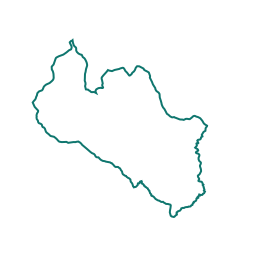 the district of Santiago, Norte de Santander, Colombia, rotated 310°
{"feature_id": "7082276B46652813216763", "entity_name": "Santiago", "entity_type": "district", "adm_level": 2, "iso_a3": "COL", "parent_name": "Colombia", "parent_adm1": "Norte de Santander", "projection": "natural_earth1", "projection_center": [-72.726, 7.887], "detail": "fine", "context": "isolated", "style": "outline", "palette": "teal", "viewbox_px": 256, "rotation_deg": 310, "n_neighbors": 0, "source": "geoboundaries", "source_scale": "gbopen_adm2", "svg_char_len": 5779}
<svg xmlns="http://www.w3.org/2000/svg" viewBox="0 0 256 256"><g transform="rotate(310 128 128)"><path d="M133.1,221.9L133.2,221.1L133.7,220.4L134.0,219.7L134.1,218.9L132.9,216.8L132.8,216.2L132.8,215.9L133.4,215.6L134.4,215.5L134.9,215.1L135.5,213.2L136.2,212.3L137.0,212.2L138.0,212.5L138.9,212.5L141.8,211.8L142.6,211.1L143.4,210.2L144.9,207.8L145.3,207.4L145.7,207.2L146.9,206.9L148.0,206.4L148.3,206.1L148.5,205.5L148.5,204.1L148.6,203.7L149.3,202.3L150.5,201.2L152.1,200.7L153.2,200.1L153.5,199.2L153.5,198.4L152.9,197.1L152.7,196.3L152.8,195.9L153.0,195.7L153.8,195.6L155.3,196.2L155.9,196.2L156.2,195.8L156.5,194.8L156.1,192.8L156.1,192.1L158.7,192.1L159.1,191.8L160.1,190.4L160.3,190.4L160.6,190.5L161.3,191.5L161.7,191.5L162.9,189.2L163.7,189.2L164.0,189.3L165.3,190.4L166.0,190.7L166.9,190.5L167.8,190.0L168.2,190.0L169.4,190.5L169.6,190.3L169.9,189.2L170.2,188.9L173.6,188.4L175.6,189.1L177.6,187.7L178.2,187.5L180.1,187.4L180.6,187.1L180.3,185.2L180.2,183.7L180.4,182.7L181.3,180.3L181.9,177.1L181.4,174.7L180.6,172.9L180.3,171.6L180.0,171.1L179.5,170.7L178.9,170.4L176.6,170.1L174.5,169.6L174.0,169.0L172.9,167.2L172.1,166.4L170.1,165.5L169.8,165.1L169.6,164.5L168.3,162.8L167.8,162.0L166.5,158.1L166.1,157.1L166.0,156.3L164.9,155.4L164.4,154.7L164.0,152.9L164.1,150.3L163.9,149.0L164.0,148.4L164.7,146.8L165.9,143.8L166.3,141.6L166.9,140.2L167.7,138.7L168.6,137.6L169.8,135.9L171.8,132.7L173.5,131.1L174.3,130.3L174.8,128.7L174.6,126.2L174.8,125.4L175.2,124.3L176.1,123.2L177.4,119.1L178.7,116.8L180.6,112.4L181.2,112.1L182.0,111.5L183.5,109.0L183.9,108.2L183.7,106.8L183.0,103.7L183.0,102.6L183.3,102.3L183.5,101.6L182.5,97.0L181.2,95.3L180.9,95.2L178.9,95.3L177.0,96.0L175.1,96.2L173.7,95.9L172.9,95.8L171.4,96.1L169.5,95.7L169.1,95.4L169.0,95.1L169.1,94.6L169.8,91.7L170.0,89.3L170.8,87.4L171.1,85.9L170.6,85.1L168.5,83.7L167.7,83.4L163.8,80.4L161.3,79.2L159.7,76.3L159.5,75.4L157.3,75.5L152.2,75.3L149.8,75.4L148.7,76.2L148.0,77.3L145.9,80.0L144.3,80.6L143.5,81.7L143.1,82.8L142.9,82.9L142.4,82.9L141.7,82.1L141.2,81.2L140.1,80.2L139.5,79.7L137.3,78.9L135.9,79.1L135.3,79.5L134.7,80.3L134.3,81.1L133.9,79.2L133.1,78.1L132.3,77.4L132.0,76.8L131.8,76.2L131.9,75.0L131.6,73.4L131.7,72.7L130.5,70.9L132.5,68.2L134.3,67.3L135.4,66.2L136.4,64.5L138.1,63.2L141.4,60.6L142.2,60.1L143.6,59.5L146.1,58.0L149.5,56.6L150.4,55.8L151.6,54.2L152.5,52.4L153.2,50.6L153.4,49.6L153.3,48.2L153.3,47.7L154.3,45.6L154.3,45.4L153.7,44.4L153.5,43.3L153.2,42.3L153.4,39.9L154.0,38.6L154.4,38.2L155.5,37.3L156.0,36.7L156.2,36.0L156.2,34.4L156.6,33.1L158.0,30.9L159.6,29.1L158.8,29.0L158.2,28.5L156.6,28.3L156.2,28.3L155.9,28.6L154.3,32.2L153.3,33.2L151.8,33.8L151.3,33.7L149.8,32.9L146.4,32.3L142.7,31.3L138.5,28.9L136.6,28.1L135.6,27.8L134.8,27.9L128.8,30.2L126.3,30.1L125.8,30.2L123.8,32.1L123.6,32.8L123.3,33.6L122.6,34.8L121.5,36.2L118.8,38.7L117.8,39.3L116.7,39.6L114.9,39.5L112.0,39.0L108.7,37.4L106.7,37.0L105.5,37.0L102.6,37.9L101.7,37.9L101.3,37.8L99.9,36.9L98.7,36.3L96.4,36.2L95.2,36.8L94.6,37.2L92.7,37.7L91.4,38.3L90.2,38.6L88.4,38.5L86.3,38.6L84.2,42.9L83.8,46.0L83.6,47.6L83.5,48.0L83.2,48.3L82.4,48.7L80.9,48.9L79.8,49.3L79.1,49.7L78.4,50.2L78.2,50.6L77.1,51.3L76.2,52.4L75.8,54.1L74.8,55.4L74.5,56.2L74.5,56.8L75.1,58.4L75.2,59.5L75.1,59.9L74.0,61.5L73.9,62.2L74.3,63.0L74.3,63.5L74.1,64.7L72.4,67.5L72.2,68.9L72.3,71.3L72.1,73.6L72.3,74.2L73.7,76.9L73.8,79.0L73.7,80.7L73.4,82.6L73.3,83.7L73.6,84.6L74.6,86.3L76.8,88.7L77.8,89.8L78.2,91.7L82.2,95.3L83.3,96.7L84.8,97.8L85.8,98.8L85.8,99.7L86.0,100.2L86.0,101.6L85.9,102.5L85.6,103.7L85.6,109.8L85.5,114.6L85.6,116.5L86.2,118.5L86.2,119.1L86.1,119.8L85.4,121.5L85.4,122.5L85.7,123.2L86.5,124.2L86.5,124.4L86.2,126.5L86.2,128.0L86.6,129.8L87.7,131.6L87.9,132.4L88.6,133.7L90.1,136.3L90.2,137.3L90.6,138.1L90.6,138.6L90.4,139.2L90.5,140.0L90.0,142.5L90.3,143.8L91.2,144.6L91.4,145.1L91.8,145.6L91.7,147.0L91.9,147.6L91.9,148.0L91.2,149.6L91.1,150.3L90.9,151.1L90.6,151.7L89.8,152.7L89.3,153.8L89.5,156.3L90.0,157.3L89.8,157.7L89.7,158.5L89.8,159.0L89.8,159.9L90.2,161.3L90.1,162.9L89.0,164.1L88.6,164.8L88.3,166.5L88.0,167.3L86.6,169.4L86.4,170.6L86.8,170.6L87.3,171.4L88.1,171.9L90.5,172.1L91.5,171.4L91.9,171.3L92.2,171.3L92.4,171.8L93.0,172.3L93.4,172.3L94.0,171.8L94.5,171.7L95.0,171.8L95.7,172.3L95.1,172.6L95.0,173.0L95.0,173.3L95.3,173.5L94.7,174.0L94.4,174.6L94.7,175.2L94.7,176.0L94.6,176.6L94.1,177.2L94.4,177.7L94.0,179.3L94.3,179.7L94.2,180.7L94.4,182.0L93.9,182.8L93.8,183.8L93.6,184.4L93.6,184.8L93.3,184.9L92.7,186.3L92.2,186.9L92.1,188.5L91.8,188.9L91.3,189.1L91.2,189.3L91.2,189.7L91.4,190.0L91.5,190.4L91.7,190.8L91.8,192.2L91.3,194.9L91.6,195.7L91.6,196.6L91.8,197.2L91.9,197.8L92.4,198.6L92.7,200.8L93.1,201.5L94.0,202.3L93.9,203.4L94.1,204.1L94.3,205.9L95.5,207.5L96.5,209.8L96.1,210.6L94.1,211.9L91.8,213.2L90.2,214.3L88.3,217.1L88.3,218.3L89.3,220.3L89.9,220.6L91.9,220.7L92.8,221.1L93.1,221.1L93.6,220.7L93.9,219.9L94.7,219.5L95.3,219.8L96.0,219.7L96.7,220.2L97.4,220.4L98.0,220.9L100.0,220.9L100.6,220.5L101.8,221.1L102.2,221.5L102.6,222.2L103.9,222.7L104.8,223.4L106.0,224.7L106.6,224.8L107.7,226.0L108.2,226.3L109.4,226.2L109.9,226.4L110.2,226.7L110.5,226.8L111.2,226.5L111.8,226.1L112.1,226.1L112.2,226.3L113.2,226.4L113.5,225.9L113.8,225.9L115.4,226.7L116.1,226.8L117.3,226.4L117.7,225.9L118.0,225.8L118.5,225.9L119.5,226.6L119.8,226.7L120.1,226.4L120.0,225.7L121.6,225.8L122.2,226.4L122.3,226.3L122.6,225.5L122.8,225.3L123.1,225.6L123.1,226.3L123.2,226.7L123.7,227.0L124.4,227.8L124.7,227.9L125.8,227.7L126.0,227.8L126.2,228.0L126.6,228.0L127.0,228.2L128.8,227.8L128.8,227.1L128.7,226.6L128.8,226.3L129.0,226.2L129.8,226.2L130.0,226.1L130.9,224.4L131.2,224.3L131.4,223.8L131.9,223.3L132.2,222.0L132.4,221.8L132.6,221.7L133.1,221.9Z" fill="none" stroke="#0f766e" stroke-width="2"/></g></svg>